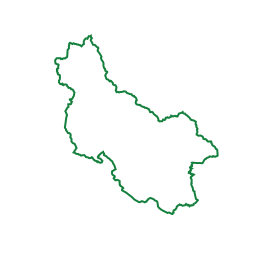 Dak Ha, Kon Tum, Vietnam (Robinson projection), rotated 304°
{"feature_id": "81297802B44208556699353", "entity_name": "Dak Ha", "entity_type": "district", "adm_level": 2, "iso_a3": "VNM", "parent_name": "Vietnam", "parent_adm1": "Kon Tum", "projection": "robinson", "projection_center": [108.001, 14.613], "detail": "fine", "context": "isolated", "style": "outline", "palette": "green", "viewbox_px": 256, "rotation_deg": 304, "n_neighbors": 0, "source": "geoboundaries", "source_scale": "gbopen_adm2", "svg_char_len": 5832}
<svg xmlns="http://www.w3.org/2000/svg" viewBox="0 0 256 256"><g transform="rotate(304 128 128)"><path d="M183.7,45.6L182.6,45.1L182.1,44.1L179.3,44.5L178.9,43.1L177.9,42.8L176.5,42.6L174.6,43.1L173.0,44.5L171.9,44.0L169.7,43.8L169.9,41.8L169.4,41.1L169.4,40.1L168.7,39.1L168.6,37.8L167.9,36.9L167.8,35.5L166.5,35.0L166.4,32.7L166.1,32.2L164.7,32.2L163.8,33.0L162.8,33.1L161.4,34.3L160.9,34.5L158.9,34.3L153.9,37.3L152.8,37.8L151.3,37.1L150.9,37.2L150.3,36.7L150.2,36.2L149.5,35.4L148.4,35.1L148.2,34.3L147.7,33.9L148.1,33.2L148.1,32.9L147.6,32.4L146.3,30.2L145.5,29.8L144.2,29.7L143.0,29.9L140.9,31.9L141.2,32.6L141.2,33.8L141.7,34.5L141.6,35.1L138.9,36.3L138.4,36.8L137.7,36.2L137.3,36.1L136.4,36.6L136.2,37.1L135.3,37.3L134.9,37.9L134.7,38.8L134.0,39.0L133.3,40.1L133.7,41.3L133.6,42.0L131.0,43.9L129.8,44.3L128.8,44.3L127.5,45.0L126.7,46.5L126.6,47.3L127.0,48.3L127.2,48.5L128.1,48.7L128.0,49.4L127.3,49.8L127.3,50.4L128.2,50.8L129.1,51.7L129.6,52.8L129.2,53.6L128.6,54.3L128.6,55.3L128.0,56.2L128.9,57.7L128.9,58.3L128.3,59.1L128.9,60.4L128.9,61.0L128.6,61.8L128.1,62.2L127.5,63.7L124.4,65.1L121.1,65.4L120.6,65.2L119.2,63.8L118.8,64.3L118.7,66.0L118.4,66.8L117.6,66.6L117.1,67.1L116.3,67.3L115.7,67.2L114.3,65.2L112.0,66.9L111.0,66.4L106.9,66.7L104.8,70.1L101.7,71.2L93.0,75.5L92.3,77.2L91.5,77.9L91.3,78.7L90.3,80.8L90.4,81.4L91.0,82.2L90.8,83.7L89.6,84.8L88.1,85.3L87.2,87.5L85.8,88.2L85.1,88.8L84.6,90.9L85.0,92.2L85.0,92.7L82.7,96.5L77.3,96.6L77.7,97.7L77.6,98.9L77.9,100.2L78.6,101.1L78.5,102.1L79.0,103.3L78.8,104.4L80.6,106.2L81.1,107.1L80.8,108.5L80.4,109.2L81.3,111.4L81.3,112.6L82.8,114.4L83.5,114.3L83.6,114.5L83.2,116.1L82.6,117.0L82.7,117.7L82.4,118.7L82.9,120.1L82.6,121.3L83.3,121.3L83.5,121.8L83.3,123.2L83.6,123.9L83.6,124.4L84.8,125.5L86.4,125.2L87.1,122.6L86.5,119.9L86.8,119.4L87.2,119.1L87.9,119.1L88.6,119.5L89.0,119.1L91.9,119.8L94.2,120.7L93.9,121.0L93.4,122.6L92.1,123.2L92.5,125.9L92.0,127.6L92.0,128.7L92.2,129.7L91.7,131.1L91.5,133.7L90.4,135.3L89.4,137.5L86.9,140.8L83.4,139.1L82.7,139.2L81.0,140.5L80.6,141.5L80.6,144.0L80.0,144.4L78.7,144.1L78.3,144.2L77.9,145.2L77.9,146.3L77.6,146.7L78.1,147.4L78.9,147.9L79.4,150.2L79.3,150.8L79.0,151.1L78.1,151.4L77.3,152.2L76.7,152.5L76.4,153.2L76.0,153.4L75.8,154.1L75.9,155.2L75.7,157.1L75.5,157.7L74.1,157.3L73.0,157.9L73.4,162.7L73.0,168.0L73.0,169.5L72.4,172.5L72.3,174.0L72.7,178.6L73.2,179.4L75.2,180.5L75.8,183.5L76.7,183.8L77.3,184.5L78.3,184.2L79.1,184.6L80.3,184.5L82.5,185.6L83.3,188.9L83.0,190.9L83.4,192.5L83.3,193.3L82.4,194.4L79.7,196.8L79.2,198.1L78.9,200.7L79.0,203.0L79.7,208.3L80.4,208.7L81.0,209.6L81.3,212.6L81.5,212.9L81.9,213.0L83.1,212.7L83.4,213.0L83.7,212.6L85.2,211.9L86.9,213.0L87.3,212.8L89.1,212.9L90.1,212.4L91.8,212.8L92.8,213.5L93.5,213.6L93.5,214.4L93.9,214.8L94.0,216.6L94.5,216.9L94.8,217.5L95.8,218.4L97.4,218.6L97.2,219.3L97.7,220.3L97.2,220.2L97.1,220.4L97.8,221.8L97.5,222.8L98.2,222.9L98.8,223.5L99.0,223.3L99.5,223.8L100.1,224.9L100.8,225.3L101.7,224.9L103.6,225.9L106.9,226.3L107.2,226.3L107.2,224.0L111.9,219.0L112.6,218.7L112.5,217.1L114.9,214.8L115.2,214.0L116.4,212.2L117.1,211.7L117.9,211.7L118.1,211.2L120.1,210.2L121.1,209.2L121.4,208.3L121.9,207.7L122.5,207.7L122.9,207.5L123.8,208.0L125.1,207.9L125.5,208.6L126.2,208.7L126.0,207.8L125.3,207.1L125.7,206.5L125.0,205.8L125.5,204.9L125.5,204.5L124.7,203.8L124.7,203.5L125.1,203.4L125.7,203.8L126.0,203.2L126.9,203.9L127.4,203.5L127.7,203.8L128.2,203.8L128.5,203.2L129.1,203.1L130.0,203.5L129.8,202.5L130.0,202.1L129.5,200.8L130.6,202.1L131.4,201.8L132.1,202.5L132.5,202.3L132.7,201.6L133.1,201.3L134.6,201.4L135.0,200.5L135.4,200.9L135.7,201.7L136.1,202.1L137.6,205.0L139.0,206.8L140.1,209.0L141.0,209.5L143.2,209.2L145.1,209.2L146.0,209.9L147.0,209.9L149.0,211.4L150.0,211.5L151.4,214.2L152.4,214.3L152.7,216.1L153.4,216.7L154.6,217.3L154.9,217.7L155.5,217.6L159.8,214.2L160.0,213.3L159.8,212.5L160.9,210.7L161.0,209.5L160.8,208.6L161.0,207.4L161.6,206.9L162.3,205.2L163.0,205.0L163.3,204.6L163.2,204.2L162.7,203.3L161.8,202.5L161.5,201.6L161.5,201.2L162.0,200.2L162.0,199.4L162.2,198.6L161.5,197.7L161.2,196.6L162.3,195.4L162.6,194.2L162.4,192.5L161.0,190.7L160.9,188.6L161.6,188.2L163.5,187.8L165.0,186.2L166.1,186.2L167.2,183.9L168.4,183.4L169.0,181.9L171.2,180.7L171.0,179.6L171.1,178.7L170.0,175.5L171.0,173.1L171.1,171.6L171.5,170.2L171.3,168.6L171.8,167.3L171.4,166.7L171.1,165.4L171.8,164.4L171.0,164.2L168.4,162.2L165.4,162.6L165.3,161.9L164.6,161.6L164.3,160.0L162.7,158.8L162.4,156.9L161.2,157.3L160.4,156.7L159.5,156.4L158.9,155.4L159.0,154.8L158.2,154.4L157.6,153.6L155.8,154.2L155.0,153.7L154.7,152.4L152.8,152.6L151.1,150.4L151.3,149.9L151.2,148.9L152.1,148.4L152.8,147.7L153.9,145.3L153.7,144.4L153.9,143.6L153.8,142.7L154.2,141.0L154.8,139.9L154.8,138.9L153.9,138.2L153.6,137.2L154.1,136.8L155.4,134.4L155.0,133.7L155.0,131.9L154.1,130.5L154.4,129.6L153.8,128.2L153.6,126.8L153.9,125.0L153.3,124.6L153.0,123.3L152.5,122.6L152.6,121.1L153.2,120.3L154.3,119.7L155.0,119.5L155.6,119.9L156.1,119.6L157.5,117.6L157.6,116.6L157.4,116.0L158.0,115.1L157.5,114.6L157.4,113.2L158.0,112.1L157.0,110.2L157.0,109.3L156.4,107.7L156.9,105.9L156.3,104.2L155.0,103.3L153.3,101.2L152.4,100.6L152.4,99.6L152.0,98.8L151.4,98.6L151.4,98.4L152.3,96.8L154.5,96.1L155.6,95.4L156.4,93.9L156.4,93.5L156.0,92.9L155.7,91.5L156.0,91.0L156.9,90.2L157.5,87.7L157.3,87.0L156.5,86.9L156.4,86.7L157.1,84.5L156.6,83.0L157.2,81.8L158.1,80.9L158.5,80.0L159.1,79.7L160.5,79.5L162.4,79.6L162.9,79.4L163.0,78.8L162.8,78.1L162.8,77.1L164.2,75.9L164.3,74.7L165.2,73.6L166.4,72.4L167.5,71.9L168.8,70.5L169.7,68.0L170.9,66.4L172.0,66.3L172.4,66.0L172.9,64.8L173.5,63.9L175.0,59.7L176.6,58.9L177.4,58.9L177.8,58.6L178.0,57.9L177.8,56.8L178.3,54.2L177.5,52.4L179.1,49.7L179.8,48.1L180.6,47.8L182.3,47.8L182.3,46.7L183.7,45.6Z" fill="none" stroke="#15803d" stroke-width="2"/></g></svg>